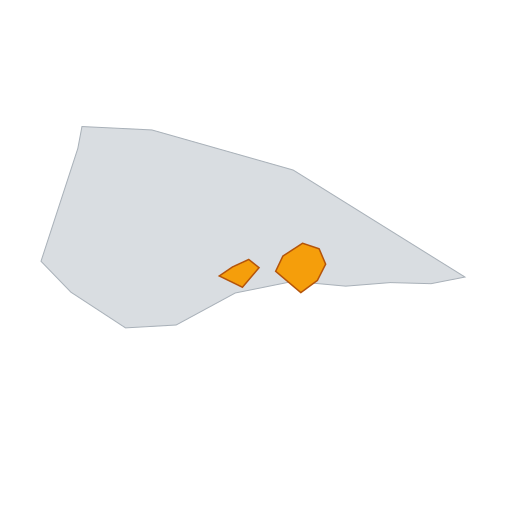 location of Planken within Liechtenstein, rotated 103°
{"feature_id": "LIE-4901", "entity_name": "Planken", "entity_type": "state/province", "adm_level": 1, "iso_a3": "LIE", "parent_name": "Liechtenstein", "parent_adm1": "", "projection": "equal_earth", "projection_center": [9.551, 47.174], "detail": "fine", "context": "in_parent", "style": "filled", "palette": "amber", "viewbox_px": 512, "rotation_deg": 103, "n_neighbors": 0, "source": "natural_earth", "source_scale": "10m", "svg_char_len": 580}
<svg xmlns="http://www.w3.org/2000/svg" viewBox="0 0 512 512"><g transform="rotate(103 256 256)"><path d="M309.5,464.3L191.3,453.8L169.0,454.7L156.6,385.8L163.9,239.1L229.5,47.7L243.6,79.2L251.7,119.2L265.2,161.8L272.3,214.0L296.7,267.9L341.2,318.3L355.4,367.0L332.9,428.2L309.5,464.3Z" fill="#d9dde1" stroke="#a8b0b8" stroke-width="1"/><path d="M281.6,204.1L266.5,233.4L250.0,229.8L233.1,213.5L234.8,196.1L248.3,186.3L266.0,190.7L281.6,204.1ZM266.7,250.4L289.5,262.2L283.7,287.3L271.9,276.4L261.0,262.3L266.7,250.4Z" fill="#f59e0b" stroke="#b45309" stroke-width="1.5"/></g></svg>